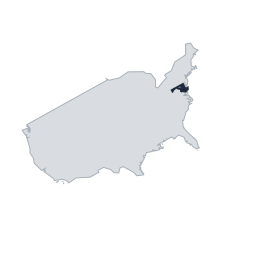 Maryland on a map of United States of America (Natural Earth projection), rotated 331°
{"feature_id": "USA-3557", "entity_name": "Maryland", "entity_type": "State", "adm_level": 1, "iso_a3": "USA", "parent_name": "United States of America", "parent_adm1": "", "projection": "natural_earth1", "projection_center": [-76.6, 38.826], "detail": "fine", "context": "in_parent", "style": "filled", "palette": "slate", "viewbox_px": 256, "rotation_deg": 331, "n_neighbors": 0, "source": "natural_earth", "source_scale": "10m", "svg_char_len": 7627}
<svg xmlns="http://www.w3.org/2000/svg" viewBox="0 0 256 256"><g transform="rotate(331 128 128)"><path d="M200.9,93.0L213.9,91.9L219.1,82.5L223.9,84.1L224.2,89.9L227.1,93.8L222.2,95.1L221.9,96.2L221.1,94.9L219.9,97.2L216.1,98.7L213.5,104.5L215.7,107.0L217.2,106.7L216.8,105.6L217.2,106.1L217.4,107.4L213.2,108.2L212.4,106.9L212.0,108.7L207.1,109.1L203.5,111.4L203.9,110.1L203.5,109.2L202.5,112.4L203.6,112.9L203.2,115.6L200.7,119.0L198.2,116.9L199.8,114.7L198.0,116.2L198.7,118.6L199.7,120.0L199.9,121.5L196.8,127.1L197.7,123.6L195.4,120.3L197.0,116.8L194.6,117.8L195.4,123.0L193.1,121.4L192.2,121.6L193.0,120.0L193.0,119.5L192.1,120.8L192.1,121.8L195.6,123.8L194.8,124.8L193.3,123.0L192.7,122.7L194.6,124.8L195.5,125.2L195.0,126.5L193.9,125.5L195.6,127.5L195.2,127.8L194.3,126.8L192.2,126.3L194.8,128.2L196.6,128.1L198.2,132.9L196.8,129.2L197.2,131.6L194.0,131.1L196.3,133.5L197.4,132.8L196.0,134.9L192.9,134.2L194.8,135.3L193.1,136.4L195.0,137.2L191.6,137.7L189.7,141.1L186.5,142.1L180.2,148.4L179.4,147.7L177.0,153.5L176.8,154.9L177.7,159.3L181.9,172.4L180.3,179.3L178.0,179.7L175.8,176.0L175.4,172.9L172.3,169.4L173.4,167.8L171.8,167.8L172.6,163.3L168.9,158.7L163.0,159.8L162.0,157.1L156.3,156.9L157.1,155.9L156.0,156.9L153.4,157.4L153.4,155.4L152.9,156.8L145.0,157.2L148.3,158.2L147.1,160.1L149.6,161.9L148.3,162.9L145.5,160.4L145.3,162.3L141.4,161.5L139.3,159.1L137.9,160.3L132.3,158.5L128.9,161.1L129.8,160.4L128.0,159.7L127.0,162.9L123.4,165.0L124.2,164.4L122.0,164.1L122.7,165.2L120.0,166.5L118.8,170.1L117.6,169.6L118.6,170.5L118.6,173.8L119.6,175.8L118.8,176.5L112.5,174.0L111.3,169.2L105.1,159.5L101.7,159.0L98.1,162.8L94.1,160.3L92.6,155.8L87.5,150.6L81.2,150.6L81.0,152.6L70.9,152.6L58.3,146.5L49.6,147.3L48.8,144.0L45.4,140.8L38.2,138.3L38.4,136.0L33.4,125.4L33.8,124.3L34.9,125.7L34.4,123.3L37.2,123.1L32.0,123.4L28.9,113.6L30.7,108.3L30.1,102.5L32.2,98.7L34.8,87.8L37.3,88.1L34.6,87.5L35.9,84.6L34.9,84.7L34.3,78.6L40.5,79.6L38.6,82.8L41.1,80.5L40.4,83.2L38.8,83.9L39.9,84.0L41.3,82.9L42.2,80.2L41.2,76.0L132.9,76.0L133.0,74.4L134.6,77.1L144.7,80.0L155.2,78.9L169.1,86.4L169.6,88.4L174.3,91.5L175.5,99.2L171.9,105.4L173.5,107.4L186.1,102.5L185.7,99.6L186.8,99.1L193.7,98.9L200.9,93.0ZM208.6,110.4L210.7,110.1L203.3,111.9L209.4,109.6L208.6,110.4ZM41.2,78.6L41.7,80.3L41.6,80.5L40.7,79.3L41.2,78.6ZM119.5,175.2L118.8,172.3L118.9,170.7L119.0,172.4L119.5,175.2ZM222.7,95.4L222.7,96.3L222.3,96.1L222.7,95.4ZM139.4,160.0L139.5,160.7L138.9,160.1L139.4,160.0ZM40.8,141.0L41.7,140.6L40.8,141.0ZM39.9,140.7L39.5,141.2L39.2,140.8L39.9,140.7ZM215.1,108.3L214.5,108.9L214.4,108.8L215.1,108.3ZM119.5,169.2L119.0,170.5L120.3,168.0L119.5,169.2ZM180.7,168.1L181.5,170.7L180.5,167.8L180.7,168.1ZM45.0,143.2L45.3,143.9L44.9,143.2L45.0,143.2ZM180.6,179.7L179.9,180.5L181.1,178.8L180.6,179.7ZM198.5,134.5L197.7,135.5L198.3,133.1L198.5,134.5ZM40.6,77.2L40.5,77.7L40.2,77.4L40.6,77.2ZM122.7,165.7L121.4,166.3L122.8,165.5L122.7,165.7ZM217.1,108.6L217.1,109.2L216.4,109.1L217.1,108.6ZM44.7,145.1L44.9,146.0L44.6,145.2L44.7,145.1ZM121.1,166.8L120.6,167.1L121.1,166.6L121.1,166.8ZM199.6,122.6L198.7,123.9L199.7,122.1L199.6,122.6ZM128.5,161.7L127.7,162.2L128.9,161.3L128.5,161.7ZM177.1,154.1L177.0,155.2L176.9,154.5L177.1,154.1ZM195.3,137.3L195.0,137.6L195.8,136.8L195.3,137.3ZM165.1,159.6L164.1,160.1L163.7,160.0L165.1,159.6ZM153.0,157.2L152.8,157.4L152.3,157.3L153.0,157.2ZM174.4,173.0L174.5,173.8L174.2,172.9L174.4,173.0ZM150.4,158.7L150.3,159.4L150.3,158.2L150.4,158.7ZM178.4,181.5L177.9,181.6L178.6,181.4L178.4,181.5ZM203.0,116.0L202.6,116.7L203.1,115.8L203.0,116.0ZM197.1,135.7L196.7,136.0L196.6,135.9L197.1,135.7Z" fill="#d9dde1" stroke="#a8b0b8" stroke-width="1"/><path d="M197.8,123.5L197.3,123.5L197.1,123.7L197.1,123.4L197.0,123.5L197.0,123.4L197.1,123.2L197.5,122.9L197.4,122.9L197.3,123.0L197.1,123.0L197.1,122.9L197.3,122.7L196.9,122.7L196.8,122.8L196.8,122.5L197.2,122.4L196.9,122.3L196.9,122.2L197.1,121.7L197.0,121.8L196.8,122.0L196.7,122.3L196.7,122.1L196.7,121.9L196.7,121.7L196.6,121.8L196.4,122.0L196.5,122.1L196.4,122.4L196.3,122.1L196.1,122.1L195.8,121.7L195.8,121.9L195.8,122.0L195.8,121.9L195.6,121.5L195.5,121.4L195.4,121.3L195.4,121.2L195.5,121.2L195.6,121.3L195.7,121.1L195.9,121.0L195.9,120.9L195.7,120.9L195.6,120.6L195.8,120.7L196.0,120.6L195.9,120.7L196.0,120.7L196.1,120.8L196.4,120.9L196.5,120.9L196.7,120.7L196.5,120.8L196.2,120.6L196.2,120.4L195.9,120.3L196.0,120.3L196.0,120.2L195.9,120.4L195.7,120.3L195.8,120.2L195.7,120.1L195.6,120.3L195.5,120.2L195.4,120.2L195.4,120.4L195.4,120.2L195.5,119.8L195.6,119.6L195.8,119.9L195.9,120.1L196.1,120.0L196.2,119.9L195.9,119.9L195.9,119.7L196.2,119.5L196.0,119.3L195.9,119.5L195.9,119.3L195.7,119.2L195.6,119.3L195.4,119.4L195.4,119.6L195.2,119.7L195.3,119.2L195.4,118.9L195.5,118.9L195.6,119.1L195.8,119.1L196.0,119.0L196.0,118.9L196.1,118.7L196.3,118.4L196.1,118.5L196.1,118.4L195.9,118.5L195.8,118.8L195.8,119.0L195.7,118.9L195.7,118.6L195.6,118.4L195.8,117.9L195.9,117.6L196.1,117.6L196.2,117.4L196.4,117.4L197.0,117.4L196.5,117.4L196.4,117.3L196.6,117.0L196.8,116.9L197.1,117.0L196.9,116.9L197.1,116.7L196.9,116.7L196.5,117.0L196.5,116.9L196.7,116.6L196.8,116.4L196.7,116.4L196.6,116.5L196.3,116.6L196.1,116.9L196.3,117.0L196.1,117.2L195.8,117.4L195.7,117.3L195.8,117.0L195.7,116.9L195.7,117.0L195.6,117.4L195.7,117.5L195.5,117.3L195.4,117.2L195.1,117.3L195.4,117.4L195.4,117.5L195.2,117.6L195.3,117.6L195.1,117.6L195.2,117.8L195.0,117.7L194.9,117.7L195.0,117.9L195.1,118.0L194.9,118.1L194.6,117.8L194.4,117.9L194.6,117.9L194.6,118.1L194.8,118.3L195.0,118.4L195.1,118.6L194.8,118.7L194.7,118.6L195.1,118.8L195.2,119.0L194.8,118.9L194.6,118.7L194.6,118.8L194.9,119.1L195.0,119.3L194.9,119.3L194.7,119.2L194.7,119.3L194.8,119.5L194.7,119.5L194.8,119.7L194.8,119.8L194.7,120.0L194.7,120.4L194.8,120.6L194.8,121.1L195.2,121.7L195.2,121.8L195.1,122.0L194.9,121.9L194.9,121.7L194.7,121.6L194.3,121.3L194.2,120.4L194.2,121.3L194.3,121.4L194.4,121.5L194.5,121.6L194.8,121.8L195.0,122.1L195.2,122.3L195.4,122.8L195.4,123.2L195.2,122.9L195.1,122.7L194.9,122.8L194.8,122.6L194.7,122.8L194.6,122.6L194.4,122.4L194.1,122.3L193.9,122.4L193.7,122.3L193.8,122.2L193.7,121.8L193.5,121.6L193.6,121.9L193.6,122.3L193.3,122.1L193.1,121.9L192.9,121.3L192.8,121.5L192.7,121.6L192.7,121.4L192.7,121.5L192.3,121.8L192.2,121.7L192.1,121.2L192.3,120.9L192.5,120.9L192.3,120.9L192.4,120.7L192.6,120.7L192.7,120.4L192.9,120.3L193.0,120.3L192.9,120.3L193.0,120.1L193.0,119.9L193.4,119.5L192.9,119.0L192.6,119.3L192.5,119.2L192.2,119.1L192.2,118.9L191.9,118.7L191.6,118.7L191.3,118.5L191.3,118.3L191.5,118.1L191.4,118.0L191.2,117.9L191.1,117.7L190.8,117.6L190.6,117.6L190.4,117.5L190.5,117.2L190.3,117.1L190.3,116.9L190.2,116.8L190.2,116.7L190.1,116.8L190.0,116.6L190.2,116.4L189.9,116.4L189.7,116.4L189.3,116.1L189.1,116.0L188.9,115.9L188.8,116.0L188.6,116.2L188.4,116.2L188.1,116.3L188.0,116.5L187.7,116.7L187.2,116.6L186.9,116.4L187.0,116.4L186.9,116.2L186.8,116.4L186.8,116.5L186.6,116.6L186.2,117.0L185.9,116.9L185.7,117.0L185.5,117.3L185.2,117.5L184.9,117.7L184.5,118.1L184.4,118.1L184.4,115.9L197.3,115.9L197.6,121.4L199.8,121.4L199.7,121.5L199.4,121.6L199.6,121.7L199.6,121.8L199.5,122.4L199.4,122.4L199.4,122.2L199.2,122.3L199.2,122.6L199.0,122.9L198.9,122.9L198.8,123.0L198.7,123.3L197.9,123.4L197.8,123.5ZM199.1,123.3L199.4,122.9L199.4,122.6L199.6,122.2L199.5,122.7L199.4,123.0L199.2,123.3L199.1,123.3ZM196.6,123.6L196.4,123.6L196.4,123.4L196.5,123.4L196.4,123.3L196.4,123.2L196.5,123.2L196.6,123.3L196.6,123.6ZM196.4,122.7L196.5,122.6L196.4,122.7ZM199.9,121.4L199.9,121.7L199.8,121.9L199.8,121.4L199.9,121.4Z" fill="#64748b" stroke="#1e293b" stroke-width="1.5"/></g></svg>